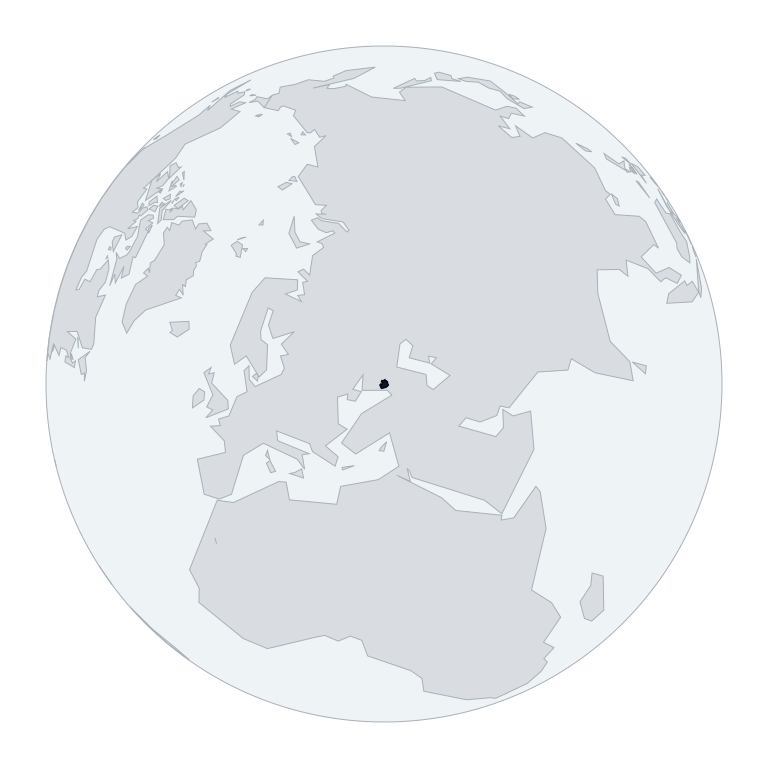 Karachay-Cherkess on an orthographic globe, rotated 321°
{"feature_id": "RUS-2280", "entity_name": "Karachay-Cherkess", "entity_type": "Republic", "adm_level": 1, "iso_a3": "RUS", "parent_name": "Russia", "parent_adm1": "", "projection": "orthographic", "projection_center": [41.758, 43.838], "detail": "fine", "context": "on_globe", "style": "filled", "palette": "ink", "viewbox_px": 768, "rotation_deg": 321, "n_neighbors": 0, "source": "natural_earth", "source_scale": "10m", "svg_char_len": 12431}
<svg xmlns="http://www.w3.org/2000/svg" viewBox="0 0 768 768"><g transform="rotate(321 384 384)"><circle cx="384" cy="384" r="338" fill="#eef3f6" stroke="#a8b0b8"/><path d="M327.9,50.8L331.2,50.6L321.9,52.0L325.1,52.0L337.0,50.6L344.0,49.8L371.0,53.7L409.4,58.5L424.4,58.0L418.8,60.4L449.2,59.1L471.9,63.9L444.4,59.9L440.2,60.9L454.7,64.4L453.5,66.2L459.8,69.3L457.1,71.4L441.2,69.8L439.2,71.4L449.5,73.9L453.3,78.3L438.4,74.2L443.5,81.6L418.0,82.0L380.3,72.4L364.2,77.3L320.3,80.6L322.4,83.3L307.0,87.3L303.7,92.2L296.5,92.1L300.1,96.2L307.3,95.4L311.3,97.1L310.1,100.1L300.6,100.3L299.9,98.8L296.5,100.5L292.3,99.5L293.6,101.7L282.4,102.1L291.5,106.4L280.9,110.6L274.0,109.7L277.4,103.7L269.8,89.1L263.9,87.7L252.0,90.9L224.0,109.1L216.3,110.6L203.8,117.0L206.7,118.6L217.5,114.3L219.9,119.5L232.8,114.4L235.7,116.1L247.9,114.0L243.0,121.1L231.7,129.5L221.4,131.8L216.1,135.8L223.5,139.6L201.9,150.7L183.6,170.3L178.4,172.9L172.4,166.0L178.6,150.0L170.9,144.0L172.8,155.2L159.6,162.7L156.1,167.4L155.1,171.6L158.8,171.8L153.7,176.3L149.9,166.1L154.5,161.9L155.7,164.9L158.5,157.8L155.8,152.3L149.4,157.3L152.3,146.2L147.7,149.8L145.7,149.9L152.9,144.6L140.1,154.4L142.5,147.8L136.5,154.0L153.9,136.6L172.5,120.5L192.2,105.8L212.9,92.6L234.6,80.9L257.0,70.8L280.1,62.4L303.8,55.7L327.9,50.8ZM48.2,346.2L47.5,353.6L46.4,368.6L48.2,346.2ZM46.3,397.1L50.0,429.8L56.2,459.7L58.9,474.6L58.9,476.0L52.6,450.1L48.4,423.7L46.3,397.1ZM347.3,49.4L337.3,50.5L327.1,51.5L335.5,50.1L347.3,49.4ZM366.6,49.6L361.6,50.2L358.5,49.0L362.3,49.0L366.6,49.6ZM435.4,57.8L427.5,56.5L435.6,57.2L435.4,57.8ZM461.1,69.3L463.8,69.3L465.9,71.0L461.1,69.3ZM249.7,110.4L248.8,112.1L247.0,111.6L249.7,110.4ZM255.9,108.0L254.5,106.0L257.2,104.6L258.0,105.9L255.9,108.0ZM463.7,76.0L466.4,79.1L460.9,75.6L463.7,76.0ZM257.0,110.7L262.2,102.5L267.0,100.2L274.1,103.1L257.0,110.7ZM466.1,80.7L472.8,89.0L479.2,89.3L464.8,93.8L463.9,84.8L456.2,80.3L463.1,81.9L466.1,80.7ZM310.2,93.9L302.4,94.8L310.1,91.3L310.2,93.9ZM314.1,91.3L331.9,79.5L342.7,80.1L334.5,83.6L349.5,82.7L346.0,88.7L337.0,90.6L330.7,88.9L334.2,92.6L314.1,91.3ZM455.8,95.4L455.0,97.4L452.8,95.0L455.8,95.4ZM313.5,97.5L316.1,94.8L325.7,95.1L322.2,100.5L320.2,98.6L313.5,97.5ZM355.1,79.8L361.6,81.2L360.5,86.3L362.9,87.7L346.9,88.9L355.1,79.8ZM317.4,100.1L320.1,103.3L314.5,106.1L311.6,100.2L317.4,100.1ZM329.7,92.9L334.0,93.4L330.4,94.9L329.7,92.9ZM295.9,118.7L298.8,115.0L304.1,114.7L295.9,118.7ZM321.5,104.4L323.5,103.4L325.9,103.0L326.5,105.7L321.5,104.4ZM347.3,92.7L345.5,94.7L353.8,92.4L353.3,96.6L342.7,96.8L347.1,98.5L347.0,99.8L338.4,98.6L347.3,92.7ZM334.2,107.4L320.6,109.8L314.0,116.4L309.1,116.8L320.6,106.1L334.2,107.4ZM337.4,102.2L334.4,105.4L329.9,104.0L329.3,100.9L337.4,102.2ZM356.9,99.5L360.3,93.0L362.5,93.2L356.9,99.5ZM333.2,109.5L336.5,109.0L333.3,110.2L333.2,109.5ZM350.6,102.8L351.5,100.3L354.0,100.6L350.6,102.8ZM342.4,110.0L338.0,110.7L337.4,108.5L342.4,110.0ZM346.9,106.9L350.1,108.0L339.9,107.3L346.9,105.7L346.9,106.9ZM352.8,103.5L354.6,102.9L352.1,104.4L352.8,103.5ZM347.2,118.3L334.4,118.1L333.2,113.1L345.7,113.9L347.2,118.3ZM114.4,493.2L102.7,437.3L111.9,426.4L116.0,405.9L181.2,369.4L192.4,381.4L240.7,393.5L246.2,398.7L237.6,414.5L271.5,447.7L285.9,436.3L319.5,454.8L343.8,457.3L357.6,425.4L317.9,420.6L313.9,403.1L348.0,392.9L383.1,397.6L382.7,391.0L362.9,375.1L373.5,363.6L356.4,368.5L361.5,375.7L350.9,379.3L345.6,373.0L349.5,369.0L339.6,364.9L323.4,386.2L326.9,395.9L299.5,395.2L302.6,411.6L294.3,417.1L285.9,391.7L288.6,383.5L271.0,352.8L265.7,361.2L282.0,391.1L275.8,387.5L268.7,400.3L269.2,387.7L252.9,354.1L229.8,351.0L196.1,373.7L183.5,369.8L174.9,356.5L191.6,325.0L217.8,337.4L224.1,327.6L222.6,307.6L230.7,313.4L233.3,307.2L243.5,311.2L261.7,301.3L272.7,303.8L283.5,285.7L290.6,284.8L282.2,295.6L282.3,304.9L310.0,311.9L316.5,309.0L321.2,297.0L328.3,300.9L329.3,288.4L347.1,286.9L326.3,278.7L331.3,265.5L343.9,257.4L341.9,251.9L321.3,265.3L316.4,272.1L318.2,280.2L301.7,299.1L291.4,300.0L294.6,275.5L280.3,274.6L289.0,257.0L339.2,229.8L358.4,226.6L382.4,248.6L375.9,256.4L364.0,252.0L371.7,268.0L372.7,260.9L378.5,264.6L384.8,253.9L389.2,256.1L387.7,242.6L393.8,244.1L394.7,252.6L409.3,239.3L423.0,239.9L424.2,235.9L421.5,231.5L440.8,235.8L440.7,232.8L434.4,230.1L430.3,222.5L430.6,211.0L437.2,213.1L438.0,217.5L449.7,230.5L450.9,242.6L453.6,242.4L454.2,232.4L439.9,216.5L438.2,209.1L446.0,215.6L443.0,212.6L444.2,209.6L451.7,208.9L443.6,201.5L447.9,168.8L462.7,165.0L469.2,173.8L479.3,155.7L495.2,154.5L489.3,151.8L490.2,142.4L485.2,142.6L482.5,140.6L482.5,118.6L487.6,115.7L481.0,104.8L478.0,103.6L473.8,105.0L464.8,93.8L479.2,89.3L485.3,92.0L490.2,88.0L503.4,95.2L516.6,99.9L528.2,111.3L537.6,114.7L538.4,112.8L551.8,116.6L576.6,132.2L553.0,127.6L515.1,109.4L530.2,117.1L525.7,118.1L530.5,122.7L541.3,128.4L543.2,127.3L555.0,153.2L578.8,177.1L579.7,166.9L588.0,167.3L615.9,189.6L643.1,241.4L654.4,245.6L660.2,252.8L661.7,264.1L653.3,253.7L647.9,256.2L642.9,249.0L642.4,264.8L635.3,255.3L638.4,272.9L645.6,277.1L648.7,266.1L654.4,286.4L667.3,290.0L677.1,304.8L683.7,348.6L677.8,373.1L679.2,379.0L672.5,379.6L670.2,397.8L687.8,414.2L689.6,422.6L682.8,451.2L681.4,445.5L663.8,447.0L665.2,469.1L678.8,472.8L683.6,486.6L675.2,490.4L669.8,478.7L663.4,478.7L661.8,460.6L650.1,440.1L641.4,453.8L638.9,443.0L621.5,429.4L607.2,448.1L586.6,493.2L589.1,521.4L579.7,538.3L555.1,508.1L545.5,482.3L535.7,488.9L511.1,471.5L466.1,481.2L460.5,474.2L451.8,479.5L434.7,474.0L426.5,461.8L415.7,463.8L437.8,495.3L449.4,493.1L460.3,478.5L464.2,490.0L480.9,497.3L459.4,529.2L393.9,559.0L389.0,537.7L347.0,474.3L349.1,467.1L349.0,466.2L348.6,464.7L343.2,476.3L336.5,463.0L357.3,508.9L360.1,527.4L393.0,560.2L389.5,563.5L400.6,569.7L437.7,559.1L437.6,566.0L419.1,598.2L369.0,636.9L376.6,659.4L374.5,676.4L345.4,685.1L350.2,695.9L335.4,698.0L335.9,702.9L325.3,706.2L306.8,706.8L273.0,698.6L269.1,694.6L249.5,681.4L221.6,647.9L228.2,636.7L224.4,623.6L200.2,585.1L205.4,569.2L199.3,558.8L186.6,555.0L179.8,542.1L172.3,538.1L126.9,516.3L114.4,493.2ZM155.8,397.0L153.3,402.9L155.8,397.0ZM418.7,419.3L440.7,418.9L433.4,398.1L441.3,396.5L436.0,390.3L432.8,396.7L420.1,379.5L430.5,372.4L429.2,363.1L421.7,362.9L404.6,378.8L422.7,403.1L416.5,412.2L418.7,419.3ZM80.5,235.4L77.6,241.5L78.9,238.7L80.5,235.4ZM159.8,163.3L160.0,164.2L157.8,169.0L156.7,167.7L159.8,163.3ZM161.2,186.4L152.9,193.2L158.0,187.1L154.8,186.1L161.7,172.7L176.1,173.6L168.4,175.3L161.2,186.4ZM174.9,156.1L168.9,163.8L174.9,155.4L174.9,156.1ZM237.5,271.2L239.7,277.3L233.9,283.2L220.0,282.0L228.2,273.1L237.5,271.2ZM244.2,284.7L251.2,261.8L260.1,262.4L254.0,265.8L259.2,268.4L250.6,274.8L252.3,298.4L247.3,305.4L224.3,298.1L234.6,296.3L231.8,290.2L244.2,284.7ZM253.3,209.2L256.4,201.2L271.7,212.5L267.1,218.8L252.9,217.4L250.1,209.2L253.3,209.2ZM268.5,118.2L268.7,115.7L271.3,115.4L273.3,117.4L268.5,118.2ZM296.9,117.0L270.3,129.5L269.2,127.0L254.9,138.2L246.5,136.4L256.0,129.0L238.8,136.4L244.0,129.1L232.7,135.0L254.8,118.9L258.7,113.1L257.5,120.1L265.2,121.8L269.7,120.9L285.4,114.2L297.8,103.5L307.3,104.1L310.8,107.5L309.3,110.1L303.6,108.7L305.7,113.3L296.2,113.4L296.9,117.0ZM346.0,155.9L340.0,151.4L342.6,163.9L333.2,162.7L334.1,164.2L326.1,166.7L317.9,172.7L314.1,171.1L312.6,174.1L307.3,176.1L303.9,179.9L295.8,178.6L291.0,183.3L289.9,180.0L283.9,188.6L284.7,181.7L277.9,184.1L280.7,189.5L245.2,176.5L229.6,177.6L216.1,182.6L219.4,171.1L234.2,159.5L253.6,150.3L268.2,151.4L267.0,146.4L273.6,145.6L271.8,149.9L278.6,142.9L283.5,143.5L300.9,137.5L307.6,127.9L314.2,125.8L314.0,129.9L320.6,125.0L324.7,131.5L329.4,130.3L338.2,135.8L335.1,145.0L340.7,143.0L347.6,147.6L346.0,155.9ZM349.3,120.0L347.8,130.5L341.9,135.2L329.1,123.7L324.2,123.9L315.8,117.4L324.6,110.9L326.2,113.3L329.8,114.1L325.6,115.8L331.6,115.1L334.0,118.5L339.3,119.0L337.4,122.2L349.3,120.0ZM254.4,394.3L259.0,396.6L266.6,398.1L262.3,406.5L254.4,394.3ZM242.8,371.5L247.2,371.8L244.8,383.7L240.1,381.6L242.8,371.5ZM251.7,362.3L247.7,370.9L247.0,365.0L251.7,362.3ZM286.5,295.4L291.5,295.4L291.3,298.4L287.6,302.1L286.5,295.4ZM351.9,195.2L349.3,191.3L351.3,190.1L352.5,180.1L359.5,180.6L361.6,186.8L351.9,195.2ZM349.7,430.5L341.5,436.2L338.4,432.7L341.8,431.4L349.7,430.5ZM298.9,422.4L309.6,428.8L297.6,424.7L298.9,422.4ZM359.8,194.1L359.4,189.9L363.2,192.8L359.8,194.1ZM364.8,180.6L369.5,183.1L360.5,179.6L364.8,180.6ZM433.4,671.2L412.5,698.1L396.2,698.9L392.2,692.4L399.2,676.6L417.9,670.7L426.8,661.8L433.4,671.2ZM709.0,475.6L710.7,470.1L710.4,471.4L709.0,475.6ZM707.3,478.5L709.9,471.5L706.3,482.2L707.3,478.5ZM710.8,468.8L713.4,459.1L714.6,454.0L714.0,456.9L710.8,468.8ZM705.3,483.5L691.1,509.3L684.5,516.4L686.9,510.0L697.5,494.8L705.3,483.5ZM686.3,510.7L675.2,514.1L654.5,499.2L662.1,493.0L682.6,493.1L681.5,498.1L688.2,498.2L686.3,510.7ZM710.0,451.7L708.7,463.9L701.6,477.5L697.9,482.3L695.5,472.9L696.9,463.4L700.2,458.4L708.6,413.3L712.3,411.8L710.7,428.5L713.5,431.9L710.0,451.7ZM590.8,523.2L599.3,534.9L593.6,540.6L590.8,523.2ZM708.9,387.5L707.6,406.8L707.7,384.6L708.9,387.5ZM707.1,369.2L708.8,374.1L706.1,372.4L707.1,369.2ZM682.0,386.9L678.7,393.7L677.2,389.9L680.4,379.0L682.0,386.9ZM684.6,317.6L690.2,329.2L691.6,334.3L687.4,329.9L684.6,317.6ZM419.8,197.1L410.3,210.0L408.2,220.6L414.3,228.3L401.6,223.4L404.9,207.0L419.8,197.1ZM443.8,171.8L438.3,165.9L443.2,165.3L445.2,166.6L443.8,171.8ZM438.6,170.5L427.1,169.3L425.7,163.9L435.1,165.9L438.6,170.5ZM393.3,180.7L390.0,184.3L387.0,181.7L393.3,180.7ZM721.8,392.5L721.8,393.0L721.8,391.5L721.8,392.5ZM720.3,416.7L720.0,420.0L719.7,421.0L720.3,416.7ZM720.7,412.4L720.6,414.2L720.8,410.9L721.0,409.2L720.7,412.4ZM715.0,430.0L715.8,433.9L718.3,420.9L716.3,433.7L717.0,438.7L716.0,444.9L715.6,438.9L713.8,453.2L712.6,456.9L712.9,448.5L714.6,431.7L715.8,422.6L719.6,404.5L715.0,430.0ZM721.2,402.8L720.9,397.5L720.9,390.4L721.4,391.7L721.2,402.8ZM718.2,386.1L715.4,383.6L714.3,393.2L715.0,368.2L717.9,374.6L718.2,386.1ZM713.4,371.7L712.6,380.5L712.5,367.2L713.4,371.7ZM711.5,378.8L709.8,373.0L711.3,369.5L711.5,378.8ZM714.2,369.0L711.7,357.1L713.9,361.2L714.2,369.0ZM705.0,360.6L710.9,361.6L705.9,369.5L698.5,349.1L700.1,343.4L705.0,360.6ZM668.3,248.0L663.9,243.5L663.3,237.4L666.5,242.2L668.3,248.0ZM657.3,215.4L661.7,234.4L664.5,250.7L666.9,249.9L673.5,262.1L666.2,258.2L659.3,239.8L658.4,229.3L651.8,220.2L647.1,208.7L638.1,200.4L634.0,193.6L641.9,198.1L657.3,215.4ZM634.2,197.3L616.9,180.9L618.8,174.3L623.0,176.3L630.2,186.5L628.8,189.3L634.2,197.3ZM613.2,175.2L611.7,178.1L582.9,164.5L577.3,160.1L600.2,165.8L600.0,169.0L606.7,173.8L613.2,175.2ZM458.7,98.0L455.4,97.5L457.9,96.4L458.7,98.0ZM479.7,141.0L476.4,138.2L479.5,136.8L479.7,141.0ZM469.0,130.0L467.8,133.5L466.3,128.9L469.0,130.0ZM465.6,141.9L466.0,134.5L469.6,142.9L465.6,141.9Z" fill="#d9dde1" stroke="#a8b0b8" stroke-width="1"/><path d="M380.9,386.7L380.2,386.2L379.6,386.0L379.4,385.8L379.5,385.7L379.5,385.4L379.6,385.2L379.5,384.9L379.5,384.7L379.6,384.3L379.6,384.2L379.8,383.7L379.9,383.4L380.0,383.5L380.1,383.4L380.2,383.2L380.3,383.2L380.3,383.3L380.6,383.2L380.5,382.9L380.4,382.7L380.2,382.4L380.3,382.2L380.7,382.3L380.8,382.4L381.0,382.4L381.2,382.5L381.3,382.5L381.4,382.4L381.4,382.5L381.5,382.5L381.9,382.6L382.0,382.6L382.1,382.8L382.0,383.0L382.1,382.9L382.2,383.0L382.3,383.1L382.5,383.0L382.8,382.9L383.0,382.8L383.0,382.7L383.4,382.4L383.5,382.3L383.6,382.2L383.7,381.8L383.8,381.7L383.8,381.4L383.8,381.2L383.7,381.1L383.4,380.9L383.4,380.7L383.5,380.6L383.8,380.4L384.1,380.3L384.2,380.2L384.4,380.2L384.6,380.1L384.7,380.3L384.8,380.5L384.9,380.8L385.1,380.8L385.3,380.9L385.6,380.9L385.7,381.0L386.0,381.0L386.4,381.2L386.5,381.2L386.5,381.3L386.9,381.4L387.0,381.3L387.4,381.3L387.4,381.5L387.2,381.6L387.1,381.8L386.8,381.8L386.8,382.0L386.6,382.1L386.4,382.2L386.3,382.3L386.3,382.5L386.4,382.8L386.5,382.8L386.5,383.0L386.8,383.2L387.1,383.2L387.1,382.9L387.4,382.8L387.5,382.8L387.5,383.0L387.4,383.0L387.5,383.2L387.8,383.2L387.8,383.3L387.7,383.3L387.8,383.5L387.8,383.9L387.9,384.0L387.9,384.3L387.9,384.8L387.8,385.0L387.7,385.0L387.4,385.1L387.1,385.3L387.0,385.5L387.1,386.0L386.9,386.4L386.8,386.6L386.8,387.0L386.8,387.3L386.7,387.3L386.6,387.5L385.8,387.6L385.7,387.6L385.4,387.8L385.2,387.9L384.8,387.8L384.7,387.7L384.3,387.8L384.1,387.7L383.9,387.7L383.7,387.6L383.4,387.7L383.2,387.7L382.9,387.4L382.6,387.3L382.5,387.2L382.4,387.0L382.3,386.9L381.9,387.0L381.8,386.9L381.7,386.8L381.5,386.7L381.4,386.7L380.9,386.7Z" fill="#0f172a" stroke="#020617" stroke-width="1.5"/></g></svg>